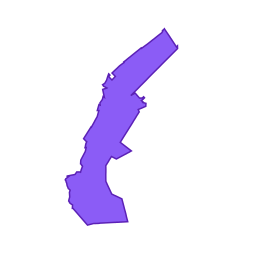 outline of Sierra Mojada, Coahuila, Mexico, rotated 27°
{"feature_id": "50627088B20309017506244", "entity_name": "Sierra Mojada", "entity_type": "district", "adm_level": 2, "iso_a3": "MEX", "parent_name": "Mexico", "parent_adm1": "Coahuila", "projection": "robinson", "projection_center": [-103.689, 27.586], "detail": "fine", "context": "isolated", "style": "filled", "palette": "violet", "viewbox_px": 256, "rotation_deg": 27, "n_neighbors": 0, "source": "geoboundaries", "source_scale": "gbopen_adm2", "svg_char_len": 4190}
<svg xmlns="http://www.w3.org/2000/svg" viewBox="0 0 256 256"><g transform="rotate(27 128 128)"><path d="M154.7,193.9L147.6,194.1L146.5,194.2L144.8,194.2L143.4,194.2L142.8,193.7L142.3,193.3L139.6,191.2L135.1,187.7L134.4,187.1L132.5,185.6L131.0,182.8L129.1,179.1L128.4,177.6L127.6,176.0L127.0,174.8L125.3,171.6L125.5,169.9L125.5,169.4L125.6,168.1L125.7,167.5L125.8,165.9L125.8,165.1L125.9,164.3L125.9,164.1L126.1,162.4L126.2,160.9L131.7,160.9L139.0,150.4L139.9,149.2L140.5,148.3L140.5,148.2L141.4,146.9L127.6,144.3L128.1,138.1L128.7,131.7L128.9,129.4L129.1,127.0L129.3,125.2L129.6,121.5L129.7,120.5L129.7,119.9L129.7,119.7L129.8,118.5L130.0,116.7L130.2,114.1L130.2,113.6L130.3,112.4L130.5,110.8L130.5,110.2L130.6,109.2L130.7,108.6L128.7,106.9L131.2,104.0L131.3,103.9L132.9,101.9L134.0,100.6L132.8,97.9L130.0,98.5L130.2,98.1L128.8,97.8L127.5,97.5L128.4,95.5L129.0,93.6L127.7,93.1L127.1,94.8L126.7,95.0L126.4,95.2L126.2,95.3L125.9,95.5L125.7,95.6L125.4,95.8L125.2,95.8L124.9,96.0L124.7,96.1L124.4,96.0L123.9,95.8L122.3,95.2L121.9,95.0L121.6,94.9L121.4,94.8L121.2,94.8L121.1,94.7L120.2,94.3L119.7,94.1L118.5,93.7L117.4,95.3L116.4,96.8L115.8,97.8L116.1,96.8L118.1,90.7L118.6,89.2L120.2,84.0L120.5,83.2L121.5,80.1L122.5,77.0L123.5,73.6L125.2,68.3L126.5,64.3L126.7,63.8L127.2,62.1L127.7,60.7L128.4,58.5L129.2,55.9L129.6,54.7L130.4,52.2L133.6,42.4L136.1,34.7L134.8,32.4L134.4,33.8L129.3,30.9L126.0,29.0L125.0,28.5L124.6,28.2L124.0,27.9L123.9,27.8L115.5,23.2L115.4,23.1L115.0,24.2L114.5,25.5L114.9,25.7L114.9,27.7L113.1,31.5L110.4,37.5L110.1,38.0L108.3,42.0L107.1,44.6L107.0,44.8L105.9,46.9L103.9,50.9L103.4,50.6L101.4,55.1L101.3,55.3L101.0,55.9L100.9,56.1L100.6,56.8L97.8,63.1L97.7,63.4L97.0,64.8L94.9,69.6L94.2,71.0L94.7,71.3L94.8,71.4L94.0,72.9L93.4,74.1L92.8,75.3L92.5,76.0L92.4,76.1L92.2,76.6L91.4,78.9L91.4,79.0L90.0,82.8L88.8,86.3L89.5,86.5L89.8,86.6L93.3,87.8L92.7,89.8L92.6,90.1L91.9,92.5L87.5,91.0L87.4,91.0L87.4,90.8L87.6,90.3L87.9,89.1L87.5,88.9L87.1,88.8L86.6,88.6L86.2,88.5L86.4,90.0L86.5,91.0L87.2,95.2L87.0,98.7L85.7,101.0L85.9,101.1L86.2,101.2L86.8,101.4L86.9,101.5L87.2,101.9L91.1,101.9L91.0,102.1L89.2,103.8L87.9,105.1L92.4,110.7L93.0,111.4L91.5,111.2L92.2,114.2L91.6,118.4L92.8,120.2L91.5,120.3L91.6,120.9L92.7,126.4L94.1,125.7L94.9,129.5L95.4,131.9L95.3,133.7L95.2,136.2L95.2,137.2L95.2,138.1L95.0,143.3L95.0,143.8L94.8,143.7L94.6,143.7L94.2,147.9L93.5,155.4L93.3,157.7L96.0,158.6L97.4,159.1L97.5,159.1L97.5,159.3L97.5,159.5L97.5,159.9L97.5,160.2L97.6,160.3L97.6,160.5L97.6,160.8L97.6,161.1L97.6,161.3L97.6,161.5L97.8,161.7L97.8,161.9L97.8,162.0L98.0,162.2L98.0,162.3L98.0,162.6L98.0,162.8L98.1,163.0L98.3,163.3L98.3,163.5L98.4,163.8L98.4,164.0L98.5,164.3L98.5,164.5L98.6,165.1L98.8,165.0L99.6,164.4L100.6,168.3L100.5,177.9L100.9,179.0L101.1,179.4L102.0,181.5L102.7,181.6L102.9,181.7L103.0,181.7L103.1,181.8L103.3,182.0L103.5,182.1L103.8,182.2L103.8,182.3L104.0,182.4L104.3,182.4L104.5,182.5L104.7,182.8L104.8,182.9L104.9,183.0L104.9,183.4L104.9,183.5L105.0,183.5L105.0,183.8L105.0,184.0L105.1,184.3L105.1,184.5L105.1,184.8L105.1,185.0L105.1,185.3L105.2,185.7L105.2,185.8L105.2,186.0L105.3,186.0L105.4,186.6L105.5,186.9L105.5,187.1L105.5,187.3L105.5,187.5L105.5,187.8L105.6,188.4L105.6,188.5L105.8,188.8L105.7,189.0L105.5,188.9L105.4,188.9L105.4,189.0L105.0,189.1L104.8,189.2L103.3,189.9L103.2,190.0L102.3,190.4L101.9,193.4L101.8,193.5L100.6,194.5L99.0,195.7L97.4,197.0L95.6,198.4L95.6,198.5L97.1,198.3L95.6,201.6L95.6,202.6L96.0,203.0L96.5,203.1L97.5,204.3L97.8,204.5L98.1,204.7L98.3,204.9L99.1,205.9L100.0,207.1L101.3,208.1L101.8,208.6L102.3,209.1L103.2,209.2L103.9,209.4L104.0,209.4L104.0,209.5L104.7,209.8L105.0,211.9L107.3,215.8L107.4,216.0L107.9,218.6L108.0,218.8L108.0,219.0L108.1,219.3L108.3,220.0L109.5,220.5L109.7,221.0L109.8,221.1L111.3,221.5L112.6,221.6L113.5,221.7L114.9,224.9L115.5,224.6L116.4,225.0L118.2,225.7L129.3,230.2L136.0,232.9L140.6,228.8L143.6,227.2L145.3,226.2L145.6,226.0L146.5,225.3L148.3,224.3L155.2,220.3L159.2,218.0L159.8,217.7L160.7,217.1L162.8,216.0L163.0,215.8L164.8,214.8L166.9,213.6L170.3,211.6L166.9,207.8L165.2,205.7L163.7,204.0L161.4,201.5L160.8,200.8L160.2,200.1L154.7,193.9Z" fill="#8b5cf6" stroke="#5b21b6" stroke-width="1.5"/></g></svg>